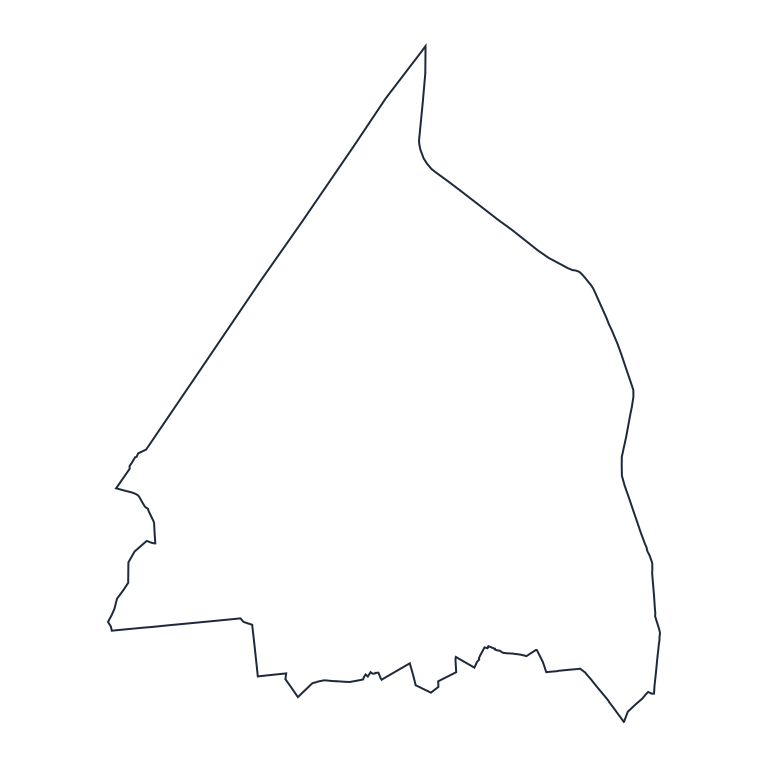 Nagļu pag., Rezeknes, Latvia
{"feature_id": "27541924B68754646621039", "entity_name": "Nagļu pag.", "entity_type": "district", "adm_level": 2, "iso_a3": "LVA", "parent_name": "Latvia", "parent_adm1": "Rezeknes", "projection": "orthographic", "projection_center": [26.915, 56.737], "detail": "fine", "context": "isolated", "style": "outline", "palette": "slate", "viewbox_px": 768, "rotation_deg": 0, "n_neighbors": 0, "source": "geoboundaries", "source_scale": "gbopen_adm2", "svg_char_len": 4439}
<svg xmlns="http://www.w3.org/2000/svg" viewBox="0 0 768 768"><path d="M381.7,679.7L381.9,679.4L382.4,679.2L409.8,663.3L413.4,676.1L415.5,684.5L415.7,685.3L418.7,686.7L424.8,689.7L429.6,692.0L430.9,692.7L431.0,692.6L434.5,689.9L438.4,686.9L438.2,681.3L446.1,677.3L449.1,675.8L456.2,672.2L455.5,660.2L455.7,657.1L455.8,656.9L456.5,657.3L473.6,667.2L473.9,667.3L474.4,667.6L477.0,661.9L478.6,660.2L479.2,659.5L478.9,658.3L480.1,655.6L483.3,649.7L484.3,647.7L484.5,647.4L486.6,648.0L487.5,648.2L488.0,647.5L487.9,647.0L488.4,646.2L493.4,648.2L493.6,648.3L494.1,648.6L495.0,648.7L494.9,649.5L495.6,649.7L495.8,649.8L496.9,650.2L497.7,650.5L498.4,650.5L498.8,650.5L499.5,650.5L499.9,650.9L501.3,651.7L501.8,652.2L502.5,652.5L503.8,653.0L504.5,653.0L507.4,653.3L509.4,653.4L510.9,653.5L512.8,653.5L514.4,653.9L516.7,654.1L518.6,654.4L519.7,654.5L520.7,654.7L523.8,655.4L526.5,656.1L532.0,652.5L535.9,650.0L536.6,650.0L537.0,650.3L540.0,656.3L540.4,657.1L542.7,661.7L544.4,666.4L546.1,671.8L546.3,672.2L547.6,672.0L550.2,671.8L551.8,671.6L553.0,671.5L553.6,671.5L555.1,671.3L555.7,671.3L557.0,671.2L557.6,671.0L558.5,670.8L559.3,670.7L559.8,670.7L562.6,670.4L566.6,670.0L572.0,669.5L576.6,669.1L578.0,669.0L578.4,668.9L580.2,668.7L582.3,670.3L582.8,670.7L584.2,671.8L585.1,672.4L586.2,673.8L588.2,676.2L588.3,676.3L588.5,676.5L591.1,679.5L594.5,683.8L595.2,684.6L595.3,684.7L595.5,685.0L597.0,686.9L598.4,688.6L600.5,691.1L603.4,694.6L605.6,697.2L606.7,698.5L608.3,700.6L609.2,702.1L610.0,703.2L612.6,706.6L618.0,714.0L621.0,718.0L623.8,721.9L624.0,721.8L627.8,711.7L635.4,704.6L642.3,698.6L645.0,695.3L645.3,694.9L648.1,692.0L651.0,693.2L651.4,693.7L652.2,693.7L652.7,693.6L653.9,693.6L654.0,693.6L654.3,689.4L654.5,685.7L654.9,682.1L655.9,673.1L657.0,661.6L657.5,656.8L657.6,655.7L658.1,651.5L658.8,644.6L659.5,640.1L659.5,638.0L659.5,637.2L659.8,634.9L660.0,633.4L659.8,631.9L659.0,628.6L658.3,626.4L656.0,619.2L655.1,616.1L655.3,613.7L655.2,611.7L654.8,607.4L654.0,595.2L652.8,581.3L652.1,572.7L652.3,570.6L652.3,566.1L652.3,564.0L651.7,561.4L649.3,554.8L647.6,551.7L647.0,549.7L646.6,547.6L644.9,543.7L640.2,531.0L637.9,524.1L632.9,509.6L629.9,500.6L624.6,485.5L621.9,475.8L621.7,464.5L621.8,456.9L623.7,448.1L626.1,437.2L630.3,414.4L631.8,407.2L633.4,397.0L633.4,393.0L633.3,390.0L631.5,384.4L629.0,377.1L626.4,369.5L621.3,354.3L617.6,344.1L611.6,329.8L608.7,323.8L606.8,318.7L600.8,305.3L595.8,294.1L593.2,288.5L591.1,285.2L587.6,281.0L584.9,277.6L582.1,274.4L579.4,271.9L575.7,270.5L572.4,270.1L569.2,268.7L568.6,268.5L567.9,268.2L548.8,258.0L537.7,250.3L512.6,230.4L496.3,218.5L496.0,218.2L489.8,213.4L462.4,192.2L447.5,180.9L435.4,172.1L431.4,168.9L426.9,163.5L423.6,158.3L420.4,149.7L419.3,144.3L419.0,140.8L422.8,102.0L424.6,81.4L425.3,73.3L425.5,50.2L425.5,48.9L425.5,46.1L421.7,51.3L421.4,51.7L385.7,98.4L354.2,145.5L302.2,221.5L260.6,280.8L195.7,376.6L146.1,449.6L138.1,453.4L136.7,456.7L135.0,457.4L131.9,462.7L129.6,466.0L129.6,468.9L117.1,486.9L116.6,487.6L116.1,488.3L124.6,490.6L127.7,491.4L131.6,492.4L135.4,493.8L137.2,494.8L138.3,495.6L138.6,496.0L139.5,497.3L141.8,501.5L144.3,505.7L144.8,506.4L145.7,507.4L147.1,508.3L147.9,508.7L148.2,509.7L148.6,511.0L153.5,521.2L153.9,522.2L154.1,523.2L154.6,533.1L155.0,538.9L155.3,543.4L154.9,543.4L152.5,543.1L146.7,540.9L134.6,551.5L128.4,562.4L128.3,570.8L128.2,582.8L123.6,589.8L117.0,598.7L114.5,608.6L111.8,614.9L108.0,621.9L110.8,626.4L111.8,630.7L123.0,629.6L139.6,628.0L151.4,627.0L170.4,625.1L189.6,623.3L206.4,621.7L225.0,619.9L240.2,618.4L240.5,618.4L241.0,618.9L241.9,620.1L242.8,621.2L243.6,621.9L245.5,622.6L247.5,623.3L250.2,624.1L252.2,624.8L252.2,625.2L253.6,637.3L255.6,655.6L255.6,655.8L256.3,662.1L257.8,676.4L270.8,675.0L286.2,673.4L285.4,679.2L289.9,685.5L297.9,697.1L300.7,694.4L303.8,691.4L307.4,688.0L311.2,684.3L312.3,683.4L312.4,683.2L312.5,683.1L316.4,682.2L316.9,681.9L318.7,681.4L320.8,681.0L323.5,680.4L325.2,680.4L327.2,680.5L330.9,680.9L336.4,681.3L336.4,681.2L342.2,681.6L345.1,681.8L349.3,682.0L350.9,681.8L351.4,681.7L356.3,680.8L357.9,680.5L363.0,679.5L363.1,679.4L363.4,678.5L363.6,678.1L363.7,677.8L363.8,677.5L364.1,676.9L364.3,676.4L364.6,676.0L364.9,675.5L365.2,675.0L365.6,674.5L367.8,676.5L369.3,674.2L370.6,672.2L371.9,673.3L372.6,673.6L373.1,673.7L373.6,673.7L375.4,673.3L375.5,672.9L376.4,672.9L377.0,672.8L377.4,672.8L378.2,672.6L378.4,672.7L380.4,677.6L381.1,678.9L381.7,679.7Z" fill="none" stroke="#1e293b" stroke-width="2"/></svg>